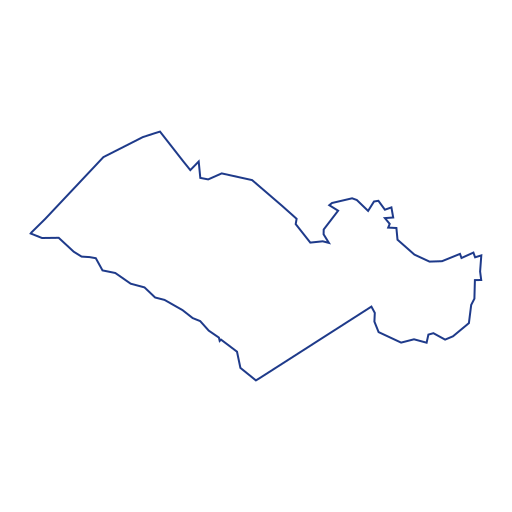 the district of Orangeburg, South Carolina, United States of America
{"feature_id": "52423323B42791453202127", "entity_name": "Orangeburg", "entity_type": "district", "adm_level": 2, "iso_a3": "USA", "parent_name": "United States of America", "parent_adm1": "South Carolina", "projection": "mercator", "projection_center": [-80.709, 33.442], "detail": "fine", "context": "isolated", "style": "outline", "palette": "blue", "viewbox_px": 512, "rotation_deg": 0, "n_neighbors": 0, "source": "geoboundaries", "source_scale": "gbopen_adm2", "svg_char_len": 1173}
<svg xmlns="http://www.w3.org/2000/svg" viewBox="0 0 512 512"><path d="M255.9,380.4L258.9,378.6L371.4,306.6L374.8,312.9L374.4,321.6L378.6,332.1L401.1,342.6L414.0,339.3L426.6,342.7L428.4,334.6L433.4,333.2L445.1,339.6L453.0,336.3L468.9,323.1L471.2,304.9L474.4,298.7L474.9,280.1L481.2,280.0L480.1,271.5L481.3,255.4L475.1,257.3L473.4,252.6L461.5,258.0L460.0,253.9L442.0,261.2L429.5,261.6L414.4,254.6L397.5,239.7L396.4,228.0L388.2,227.6L389.7,223.9L384.9,218.1L393.2,217.5L391.4,207.4L384.9,209.7L378.4,200.8L374.0,201.5L368.1,210.9L356.8,200.0L352.1,198.3L332.0,203.0L329.3,205.2L338.1,210.7L323.7,229.5L323.6,234.3L328.9,242.9L322.7,241.3L310.3,242.6L295.7,224.1L296.6,218.8L281.9,205.7L252.1,180.1L221.7,173.4L208.2,179.4L200.3,177.9L198.7,161.5L190.3,170.1L182.9,160.9L160.0,131.6L154.5,133.3L142.8,137.1L103.4,157.1L92.3,168.9L45.3,218.8L31.4,232.5L30.7,233.5L42.0,238.0L58.7,237.8L73.7,251.7L81.6,256.6L89.6,257.1L95.8,258.2L102.5,270.4L115.3,273.0L130.7,283.7L144.5,287.4L155.1,297.5L164.5,299.9L182.5,310.1L192.7,318.1L200.2,321.1L208.7,330.6L218.9,337.6L219.7,340.9L221.0,339.6L237.0,351.7L240.4,367.9L255.9,380.4Z" fill="none" stroke="#1e3a8a" stroke-width="2"/></svg>